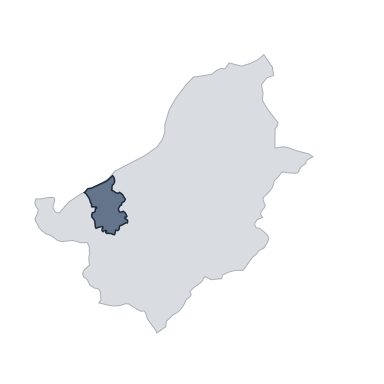 where Vratsa sits in Bulgaria, rotated 321°
{"feature_id": "BGR-2251", "entity_name": "Vratsa", "entity_type": "Province", "adm_level": 1, "iso_a3": "BGR", "parent_name": "Bulgaria", "parent_adm1": "", "projection": "mercator", "projection_center": [23.765, 43.427], "detail": "fine", "context": "in_parent", "style": "filled", "palette": "slate", "viewbox_px": 384, "rotation_deg": 321, "n_neighbors": 0, "source": "natural_earth", "source_scale": "10m", "svg_char_len": 3567}
<svg xmlns="http://www.w3.org/2000/svg" viewBox="0 0 384 384"><g transform="rotate(321 192 192)"><path d="M308.2,240.7L302.0,239.6L299.9,239.9L298.5,241.5L295.6,241.2L292.1,241.2L288.4,242.9L286.3,243.7L283.6,242.1L278.5,237.3L275.4,233.9L273.1,233.1L270.8,234.1L262.5,235.2L260.5,237.2L256.7,239.3L252.9,240.3L247.3,241.0L244.4,241.0L242.8,242.0L241.4,245.1L240.5,248.2L239.7,249.4L232.8,250.9L231.3,252.7L230.9,254.4L231.0,256.1L225.5,254.5L221.3,255.6L220.3,256.9L219.4,258.8L219.9,260.8L221.5,262.7L222.9,268.0L223.5,273.3L222.6,276.3L219.4,278.4L212.9,280.8L206.6,279.6L203.8,280.6L199.1,280.9L194.8,281.5L188.2,283.6L182.3,284.9L176.9,280.5L170.5,277.5L163.9,275.8L161.5,277.1L160.5,278.1L154.9,274.2L152.4,272.8L151.2,271.3L148.9,266.1L147.5,266.0L142.9,267.9L138.5,267.8L135.8,267.5L127.8,267.7L126.8,271.2L125.8,271.8L124.1,272.2L119.8,272.0L114.4,274.6L108.6,276.2L104.1,276.3L99.5,275.5L96.7,276.0L90.6,276.3L86.8,280.1L80.9,279.9L75.9,279.3L76.5,278.1L77.5,262.9L80.0,256.1L79.9,254.7L79.3,253.7L77.2,252.6L75.6,248.9L72.3,239.2L70.4,237.2L65.2,235.2L60.7,232.4L56.8,228.7L49.8,219.5L53.4,218.6L54.5,216.7L58.0,211.7L58.4,209.2L58.0,207.8L55.7,205.3L54.0,200.0L55.3,195.1L55.4,192.5L54.2,190.0L55.4,186.8L58.0,185.1L59.6,184.6L66.3,184.2L70.6,177.9L73.2,175.9L75.8,172.3L77.1,170.9L78.2,168.1L78.7,165.3L73.3,161.2L71.5,158.2L69.1,154.9L65.9,152.6L59.4,148.6L56.9,144.5L55.7,139.3L54.0,135.3L52.1,132.7L51.8,130.6L51.0,128.0L50.8,122.9L52.3,116.1L53.3,113.7L55.5,113.0L61.4,109.4L61.6,104.8L62.7,101.9L64.6,100.2L66.3,99.1L69.5,101.8L77.2,106.1L81.0,109.2L80.8,111.2L79.0,113.1L75.7,115.0L73.7,117.5L73.2,120.6L73.7,122.8L76.0,124.7L89.9,122.2L104.1,123.5L123.0,127.7L135.6,129.1L144.9,127.2L162.1,130.7L178.1,134.0L193.5,135.0L202.1,132.4L208.1,128.9L213.4,122.4L226.2,113.7L238.7,108.9L255.0,104.9L265.9,103.6L267.4,104.9L281.3,112.9L287.5,112.9L292.5,114.3L294.3,116.4L295.6,117.0L302.2,115.0L305.2,119.3L309.8,125.4L317.6,128.5L324.6,130.3L326.8,130.6L334.2,130.5L333.1,145.6L328.7,152.7L322.1,150.3L313.6,152.3L309.1,160.3L306.6,162.6L304.3,165.4L302.8,175.7L302.4,192.6L299.2,194.6L296.3,195.2L284.0,210.0L291.1,214.1L294.2,217.3L299.4,226.0L306.7,235.9L308.2,240.7Z" fill="#d9dde1" stroke="#a8b0b8" stroke-width="1"/><path d="M108.0,124.7L108.7,124.8L112.5,123.9L113.6,124.1L116.2,125.7L132.1,129.7L132.5,129.8L140.6,129.4L140.3,132.4L138.4,135.3L135.8,136.6L134.4,136.5L133.1,137.6L131.9,139.1L130.7,140.1L131.7,142.1L132.2,144.3L133.4,146.3L135.5,146.7L136.3,149.6L136.4,150.7L136.0,151.9L135.7,155.6L133.5,156.7L131.9,156.4L130.4,156.5L129.5,157.1L129.0,157.8L128.3,157.5L127.7,157.3L124.3,158.6L123.5,160.4L123.0,161.7L123.4,162.5L126.5,163.8L126.9,166.2L126.5,168.7L126.0,170.1L124.9,170.1L124.1,169.4L123.4,169.9L123.6,171.6L124.2,173.3L123.4,174.5L122.3,175.3L121.6,174.7L120.8,174.3L116.3,173.5L114.6,172.8L113.3,173.6L112.4,174.8L111.2,175.3L110.0,175.2L109.3,174.4L108.6,173.7L106.7,175.3L104.9,176.4L103.9,175.4L103.3,174.0L102.2,172.6L101.0,171.5L100.2,170.9L99.5,170.3L99.5,169.0L100.1,168.5L101.1,168.5L100.8,167.6L99.4,166.9L97.9,166.8L97.8,165.2L99.1,164.1L100.2,164.0L100.8,162.6L98.0,161.0L94.6,159.8L95.0,158.1L96.1,156.7L97.1,154.9L98.2,153.3L98.5,150.9L98.4,148.5L99.8,146.5L101.7,145.4L102.8,146.1L103.7,146.1L104.6,146.1L105.6,144.9L106.7,144.0L107.5,144.5L108.1,143.9L108.0,143.2L107.5,142.9L107.0,142.4L106.6,141.8L106.1,141.6L105.6,141.2L104.8,140.5L105.1,139.5L105.9,138.9L106.4,138.1L106.3,137.3L106.4,136.6L107.3,134.5L108.1,132.3L108.6,126.8L108.0,124.7Z" fill="#64748b" stroke="#1e293b" stroke-width="1.5"/></g></svg>